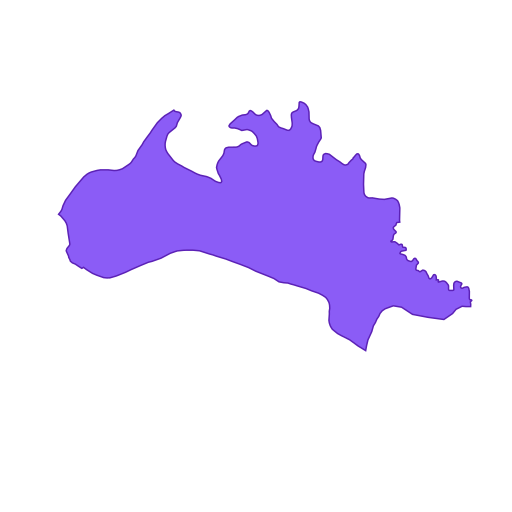 outline of Xaybuly, Savannakhét, Laos, rotated 54°
{"feature_id": "54806243B76472997498531", "entity_name": "Xaybuly", "entity_type": "district", "adm_level": 2, "iso_a3": "LAO", "parent_name": "Laos", "parent_adm1": "Savannakhét", "projection": "albers", "projection_center": [104.961, 16.917], "detail": "fine", "context": "isolated", "style": "filled", "palette": "violet", "viewbox_px": 512, "rotation_deg": 54, "n_neighbors": 0, "source": "geoboundaries", "source_scale": "gbopen_adm2", "svg_char_len": 6141}
<svg xmlns="http://www.w3.org/2000/svg" viewBox="0 0 512 512"><g transform="rotate(54 256 256)"><path d="M423.1,112.1L421.2,110.6L419.1,109.6L419.0,109.2L418.9,107.9L418.7,107.5L418.2,107.5L417.0,108.7L416.2,108.6L415.3,108.1L410.1,104.2L407.2,102.9L406.1,102.8L405.6,102.9L405.0,103.4L404.0,105.4L403.6,106.4L403.5,107.8L402.8,108.7L402.0,108.9L401.2,108.7L400.4,107.7L399.6,105.9L399.1,105.7L398.6,105.7L394.6,108.2L394.1,109.0L393.9,110.5L394.2,111.5L394.5,112.0L395.9,113.3L399.3,115.6L399.7,116.0L399.7,116.5L399.4,117.2L397.6,119.7L396.8,120.0L396.1,119.8L393.4,117.8L392.5,117.5L389.2,117.6L387.8,118.0L387.2,118.3L386.3,119.2L385.7,120.1L384.4,123.7L384.2,123.8L383.7,123.6L383.0,122.6L382.6,122.5L382.2,122.7L381.3,124.2L380.2,123.3L378.5,122.3L377.4,122.0L376.6,122.1L375.9,122.6L375.6,123.4L377.0,126.8L377.0,127.9L376.8,128.6L376.5,128.9L375.4,129.1L373.4,128.4L370.6,128.1L368.5,127.7L367.0,128.1L366.0,128.8L365.4,129.5L365.2,132.3L364.8,132.9L363.2,133.3L361.9,134.5L361.2,134.6L360.5,134.4L357.7,131.6L357.2,129.0L356.6,128.4L356.0,128.3L354.1,128.5L353.0,128.3L351.9,128.3L351.2,128.8L351.0,129.8L351.7,131.9L351.8,133.1L351.6,133.8L350.8,134.5L349.1,135.7L347.9,136.0L346.8,135.9L345.3,135.1L344.8,135.0L343.6,135.0L342.8,135.2L341.1,136.3L339.2,137.9L338.6,138.1L338.1,137.5L337.5,136.1L337.7,135.3L339.5,131.4L339.4,131.0L338.5,130.3L337.3,130.0L336.6,130.4L335.5,131.8L335.2,132.0L334.5,131.9L333.1,131.2L332.6,131.1L332.3,131.2L331.9,131.5L331.4,132.4L331.1,133.8L328.4,134.4L326.3,135.2L325.9,135.5L324.4,138.0L323.6,138.4L323.3,138.2L323.3,136.4L322.9,135.4L320.4,133.0L319.7,132.0L319.5,131.4L319.5,129.3L319.3,128.8L318.6,128.4L315.2,128.9L313.9,128.4L313.6,128.0L313.4,127.4L313.2,124.6L312.2,123.4L311.7,122.4L313.1,119.8L311.5,118.9L302.2,111.8L301.3,111.2L298.5,109.9L296.5,109.3L294.5,109.0L293.8,109.2L292.1,109.7L290.6,110.5L289.7,111.1L288.9,112.0L285.7,118.8L282.5,122.7L277.4,127.7L275.7,130.2L274.7,131.2L272.3,132.1L271.2,132.2L269.6,132.0L268.3,131.5L267.3,130.9L261.1,126.8L252.9,120.5L251.2,118.6L248.9,115.4L247.1,113.7L246.4,113.2L245.4,113.0L240.0,114.1L238.0,114.1L235.9,113.3L234.3,113.1L233.6,113.2L233.1,113.6L232.7,114.4L233.0,116.5L233.4,117.7L233.8,119.8L234.2,120.2L234.4,120.8L234.5,122.5L235.1,125.8L235.8,127.9L235.1,130.0L234.6,130.6L233.9,131.2L231.7,132.1L229.2,132.8L225.3,134.4L217.8,136.6L216.8,136.9L215.2,138.2L214.0,139.5L213.6,141.2L213.9,142.4L214.9,143.4L217.0,145.1L217.6,145.8L218.2,147.0L218.0,148.3L217.0,149.8L214.5,151.9L213.2,152.7L211.9,152.8L210.8,152.6L209.8,152.0L208.5,150.9L207.8,149.8L206.6,147.3L204.3,144.3L203.1,142.9L202.1,141.2L200.6,138.1L199.5,135.1L198.8,133.8L192.4,129.9L189.6,128.9L187.4,129.1L182.7,132.0L180.5,133.1L179.4,133.3L177.8,133.1L176.4,132.5L170.6,128.5L167.8,127.3L165.9,126.7L162.7,126.7L160.6,127.3L158.2,128.7L157.4,129.4L157.0,130.1L157.2,130.8L160.1,133.2L161.4,134.5L161.7,135.0L162.2,136.8L162.1,138.2L161.5,140.6L161.3,141.7L161.3,142.6L161.7,143.5L162.6,144.5L164.8,145.9L169.8,148.6L171.8,150.2L172.5,151.1L173.6,153.2L173.8,154.1L173.8,155.4L172.6,156.8L169.2,158.9L167.1,160.5L165.2,161.6L164.1,161.8L161.9,161.7L157.9,162.3L153.7,162.5L151.0,161.6L147.7,161.0L146.1,160.9L144.9,161.3L144.5,161.8L145.1,167.9L144.6,169.9L143.9,171.2L143.1,172.1L142.1,172.9L140.7,173.4L137.6,173.9L136.7,174.2L135.7,174.6L134.9,175.2L134.8,176.2L136.0,178.7L136.0,179.9L135.6,181.3L133.9,184.3L132.9,188.1L132.8,189.8L133.3,193.3L133.9,199.2L134.7,201.2L135.4,201.6L136.3,201.5L137.3,201.1L138.2,200.3L139.8,198.1L142.2,196.0L144.8,194.4L145.9,193.9L146.4,193.1L148.2,189.3L149.0,188.3L151.9,186.3L153.2,185.8L155.8,185.4L158.9,185.2L161.1,185.7L162.4,186.2L166.0,188.0L167.2,189.5L167.4,190.4L166.8,191.8L166.1,192.7L164.4,194.1L163.1,194.5L160.2,194.9L158.8,195.8L158.2,196.6L157.0,201.6L156.9,203.0L157.1,204.6L157.0,205.9L156.7,207.1L156.2,208.2L151.9,214.2L151.0,216.4L150.9,216.9L151.1,218.1L151.7,219.2L153.8,221.3L154.7,222.7L155.4,224.1L157.2,230.3L158.0,231.9L159.2,233.7L161.2,235.9L162.8,236.6L167.1,238.0L169.4,238.2L173.4,238.9L175.5,239.9L176.0,241.0L175.8,241.7L174.6,243.0L172.1,244.7L170.8,245.3L166.7,246.8L164.2,248.3L162.7,249.3L157.9,253.6L155.2,255.4L153.0,256.6L149.6,258.2L142.0,262.2L139.5,263.2L135.3,265.3L132.0,266.5L130.1,266.8L121.2,267.1L119.0,266.9L116.9,266.5L115.1,265.7L113.2,264.6L111.6,263.4L110.1,261.9L106.7,257.6L105.6,255.8L105.1,253.9L104.7,245.9L104.2,244.2L101.9,241.2L99.5,235.8L98.7,234.4L98.0,233.7L96.3,233.3L95.1,233.4L93.8,234.3L92.4,235.7L91.0,236.7L89.7,236.7L89.3,243.0L88.9,247.2L89.2,251.4L90.2,257.5L93.2,266.5L94.3,269.2L95.6,273.5L97.6,279.7L99.0,282.6L101.3,289.5L104.4,294.3L105.1,296.1L105.5,298.2L106.9,301.8L107.2,303.4L107.2,305.3L106.9,312.8L106.0,315.8L105.0,318.2L103.5,320.5L99.4,325.0L94.9,331.2L93.4,334.2L92.4,336.8L91.2,340.0L90.7,342.3L90.5,344.7L90.8,348.9L93.8,361.4L96.6,369.8L99.0,377.3L101.9,382.6L104.3,385.7L105.2,387.7L106.2,391.2L108.8,390.4L115.2,389.9L118.0,390.2L120.6,391.0L127.4,394.7L137.0,399.6L137.7,400.6L138.8,404.5L140.0,406.3L140.6,406.6L145.9,407.7L147.0,408.3L149.5,408.7L151.1,409.2L153.6,408.6L156.4,406.9L159.5,405.8L163.6,404.2L163.8,402.2L167.4,401.1L173.9,398.5L177.9,396.1L184.0,391.9L186.1,389.5L187.8,387.0L190.0,380.9L190.9,377.4L192.5,371.1L193.6,365.0L196.0,354.2L197.8,346.7L199.2,343.3L201.9,334.2L203.4,323.8L204.9,318.8L205.6,316.7L208.7,311.4L210.5,308.7L214.3,303.5L218.6,298.6L227.1,292.4L229.8,290.2L232.5,288.4L240.8,282.1L246.8,278.2L253.4,273.7L261.0,268.8L268.2,265.1L279.7,257.8L284.8,254.7L290.4,252.6L293.9,249.3L296.7,246.0L298.9,244.5L301.6,242.3L304.3,240.3L311.6,234.7L316.8,231.5L322.9,227.2L327.0,225.2L330.5,223.9L333.2,223.8L336.6,224.3L338.9,225.3L341.7,227.1L343.8,229.2L346.1,230.8L350.9,234.8L353.2,236.0L356.0,236.9L358.0,237.2L360.2,237.3L366.6,235.6L370.9,233.6L378.8,229.5L388.8,226.3L397.0,222.9L393.4,219.1L389.7,214.8L385.2,206.8L381.5,202.1L380.0,198.5L378.1,195.3L377.0,192.2L375.4,189.5L374.5,186.1L374.6,182.5L377.0,174.2L383.0,168.3L395.2,163.7L406.8,152.8L417.8,141.3L418.1,130.8L416.7,125.5L417.8,118.8L420.4,115.8L423.1,112.1Z" fill="#8b5cf6" stroke="#5b21b6" stroke-width="1.5"/></g></svg>